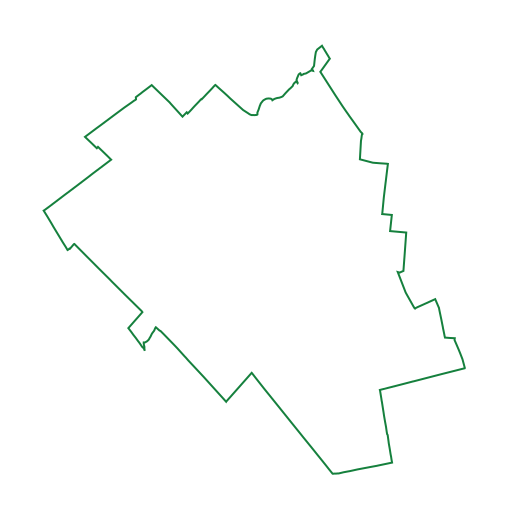 the district of Petrachioaia, Ilfov, Romania, rotated 93°
{"feature_id": "2599482B53954668792561", "entity_name": "Petrachioaia", "entity_type": "district", "adm_level": 2, "iso_a3": "ROU", "parent_name": "Romania", "parent_adm1": "Ilfov", "projection": "natural_earth1", "projection_center": [26.331, 44.59], "detail": "fine", "context": "isolated", "style": "outline", "palette": "green", "viewbox_px": 512, "rotation_deg": 93, "n_neighbors": 0, "source": "geoboundaries", "source_scale": "gbopen_adm2", "svg_char_len": 4697}
<svg xmlns="http://www.w3.org/2000/svg" viewBox="0 0 512 512"><g transform="rotate(93 256 256)"><path d="M327.7,53.2L327.7,53.6L327.7,54.3L327.7,55.4L327.7,58.6L327.6,62.2L327.6,63.0L326.0,63.5L324.3,63.9L320.4,64.9L318.6,65.4L316.8,65.8L313.7,66.6L310.1,67.5L303.3,69.3L301.0,69.9L299.0,70.4L298.4,70.5L289.7,74.8L296.6,88.1L298.6,92.0L299.6,93.8L300.2,94.4L300.0,94.8L298.3,96.0L284.7,104.6L264.6,113.6L264.8,112.7L265.0,111.5L264.3,110.2L263.2,108.0L249.7,107.7L224.7,107.2L224.1,123.4L207.9,122.5L207.5,132.2L206.8,132.1L206.6,132.1L190.4,131.4L175.6,130.4L174.5,130.3L174.3,130.3L162.5,129.5L157.1,129.1L157.0,130.5L156.9,137.6L156.8,141.0L156.8,142.0L156.7,144.3L154.7,153.9L154.0,157.3L135.4,157.2L134.7,157.1L133.0,156.9L130.4,156.7L129.0,156.5L128.8,156.4L128.7,156.1L128.3,156.1L128.0,156.3L126.5,158.0L124.1,159.9L116.8,165.7L111.6,169.9L110.0,171.1L107.1,173.4L101.9,177.4L91.3,185.2L68.7,201.4L66.6,200.0L56.9,193.8L55.1,192.6L54.7,192.9L54.0,193.4L52.6,194.3L51.3,195.2L50.0,196.1L49.4,196.5L48.6,197.0L48.1,197.4L46.6,198.4L46.2,198.6L45.1,199.4L44.6,199.8L43.7,200.4L42.6,201.1L46.6,205.7L49.2,206.9L52.7,207.3L56.2,207.6L63.2,208.0L66.5,210.1L67.4,209.6L67.6,208.9L68.1,208.7L67.7,210.5L70.4,214.6L71.1,215.7L71.7,218.0L72.1,218.3L73.1,220.3L71.2,221.3L71.3,221.6L72.0,222.4L72.5,222.9L76.3,224.3L77.9,224.7L78.5,224.6L79.2,224.3L81.0,223.4L81.2,223.5L79.9,224.6L79.7,225.0L79.8,225.4L81.4,226.8L81.6,227.1L83.0,227.8L84.4,228.3L86.7,230.4L87.8,231.6L89.2,232.8L91.9,235.1L95.2,237.7L95.9,239.0L96.7,241.0L97.0,242.6L97.3,243.7L98.2,245.9L99.6,247.8L98.8,248.2L98.1,249.5L98.0,251.7L98.4,253.9L99.0,255.0L100.1,256.7L100.6,257.2L103.4,259.2L103.5,259.2L104.0,259.4L104.8,259.6L105.1,259.8L105.3,259.9L109.8,261.1L112.6,262.1L114.6,262.0L114.9,262.4L115.1,262.7L115.1,263.0L115.3,264.1L115.4,264.9L115.4,265.8L115.4,266.7L115.5,267.3L115.5,267.9L115.0,269.4L114.4,270.5L114.0,271.1L110.9,276.5L100.1,289.9L97.5,292.9L94.7,296.3L90.0,302.2L89.0,303.4L87.3,305.5L87.5,305.8L89.2,307.3L90.5,308.3L93.8,311.1L97.0,313.9L98.8,315.4L101.6,317.8L102.3,318.4L102.1,318.7L102.4,319.0L102.6,319.3L104.6,320.9L107.5,323.4L109.1,324.8L111.5,326.8L112.9,327.9L115.4,330.0L117.3,331.7L116.1,332.7L118.5,334.8L120.1,336.2L120.7,336.7L110.4,347.1L107.9,349.6L107.3,350.1L106.7,350.8L104.8,353.0L100.3,358.2L93.0,366.6L90.8,369.1L94.7,373.7L96.7,376.1L98.1,377.8L99.1,378.9L100.0,379.9L100.8,380.9L102.4,382.8L103.7,384.3L104.3,384.3L105.0,384.1L105.8,384.0L106.1,384.3L106.3,384.4L107.5,386.2L109.0,388.0L114.7,395.3L123.8,406.3L133.8,418.3L136.8,422.0L146.0,433.0L156.7,420.6L155.3,419.5L164.0,409.5L167.4,405.7L182.0,423.1L187.6,429.6L196.4,440.0L205.1,450.4L217.7,465.3L221.4,469.8L221.8,470.4L224.1,468.8L227.4,466.5L234.4,461.8L237.5,459.8L251.2,450.5L251.5,450.3L252.4,449.7L256.9,446.5L259.9,444.5L259.6,444.0L259.0,443.4L258.7,442.9L258.4,442.7L258.5,442.5L258.6,442.3L257.6,441.5L256.2,440.4L253.7,438.5L253.5,438.0L263.2,427.3L265.3,425.0L276.5,412.6L287.5,400.3L289.2,398.5L301.6,384.7L309.3,376.0L317.0,367.3L318.0,366.5L334.7,379.7L338.7,376.3L341.1,374.4L344.2,371.7L347.3,369.2L348.3,368.3L349.7,367.2L352.5,365.1L352.7,364.9L354.1,363.2L356.5,362.1L354.6,362.6L353.8,362.6L352.5,362.7L350.5,363.3L348.9,363.6L348.2,363.6L348.2,363.1L348.2,362.5L347.9,362.0L347.0,360.5L346.1,359.6L345.1,358.7L344.1,358.2L343.2,357.8L342.0,357.1L341.0,356.7L340.0,356.3L339.1,355.9L338.1,355.3L336.8,354.4L336.4,354.1L336.0,353.9L335.5,353.6L334.7,353.4L333.9,353.1L332.8,352.6L332.4,352.3L335.6,348.3L335.8,347.5L338.6,344.4L348.7,333.5L350.3,331.8L352.4,329.6L356.4,325.6L359.5,322.5L359.9,322.1L361.1,320.8L363.8,318.2L379.6,301.8L381.6,299.8L403.1,278.2L402.9,278.1L394.4,271.3L372.9,254.2L373.3,253.8L377.7,250.0L388.1,240.9L401.8,228.6L420.4,212.0L431.2,202.3L434.7,199.2L446.2,188.8L450.7,184.8L452.7,183.0L461.2,175.4L465.2,171.9L469.2,168.3L469.4,168.1L469.4,167.9L469.4,167.5L469.4,167.4L469.3,167.0L469.2,166.8L469.1,164.6L469.0,164.1L468.8,162.0L468.4,160.6L467.4,157.3L466.2,152.3L466.0,151.4L465.8,150.6L463.8,143.4L460.4,129.4L459.2,124.3L458.8,122.9L455.2,109.3L452.3,110.0L449.3,110.6L447.4,111.1L445.6,111.5L443.2,112.0L440.9,112.5L436.1,113.6L433.9,114.0L430.7,114.6L428.6,115.0L428.0,115.1L427.6,115.3L427.1,115.7L426.3,115.9L425.0,116.2L422.0,116.8L419.9,117.2L414.9,118.4L408.7,119.8L406.7,120.2L405.2,120.5L402.4,121.1L397.6,122.1L396.7,122.3L395.6,122.5L394.5,122.8L392.8,123.2L392.6,123.2L384.3,125.0L383.3,125.3L383.1,124.7L378.1,108.6L377.1,105.4L374.7,97.8L373.0,92.5L373.0,92.3L364.3,64.7L359.6,49.5L357.8,43.7L357.2,41.7L356.9,41.6L348.3,44.4L342.5,47.0L339.1,48.6L334.6,50.8L329.6,53.3L329.0,53.3L327.7,53.2Z" fill="none" stroke="#15803d" stroke-width="2"/></g></svg>